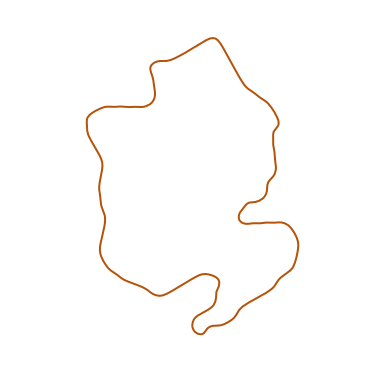 Juan de Herrera, San Juan, Dominican Republic, rotated 150°
{"feature_id": "3306468B17512962237330", "entity_name": "Juan de Herrera", "entity_type": "district", "adm_level": 2, "iso_a3": "DOM", "parent_name": "Dominican Republic", "parent_adm1": "San Juan", "projection": "natural_earth1", "projection_center": [-71.191, 18.877], "detail": "fine", "context": "isolated", "style": "outline", "palette": "amber", "viewbox_px": 384, "rotation_deg": 150, "n_neighbors": 0, "source": "geoboundaries", "source_scale": "gbopen_adm2", "svg_char_len": 2803}
<svg xmlns="http://www.w3.org/2000/svg" viewBox="0 0 384 384"><g transform="rotate(150 192 192)"><path d="M240.7,65.6L236.0,63.2L233.4,62.1L230.5,61.5L226.0,61.2L221.6,61.4L218.7,62.0L216.0,63.0L210.0,66.3L205.8,67.4L198.1,67.9L178.7,67.6L174.0,67.9L170.9,68.3L168.0,69.1L161.9,72.2L159.3,73.2L156.4,73.7L146.2,74.9L143.3,75.8L141.9,76.5L138.0,79.5L134.4,83.0L129.9,88.1L126.8,92.3L125.3,95.4L124.8,97.0L124.1,100.3L123.8,105.3L124.0,108.6L124.4,111.9L125.3,115.1L126.8,117.7L127.7,118.9L129.8,120.9L132.2,122.4L136.1,124.3L143.2,128.5L148.6,130.8L154.6,134.3L159.5,136.5L161.8,137.9L163.6,139.8L164.3,140.9L164.7,142.2L165.0,143.6L164.8,145.1L164.3,146.4L163.6,147.6L162.8,148.6L160.8,150.2L152.5,153.7L150.2,154.3L147.8,154.2L142.2,151.7L138.1,150.8L133.8,151.0L131.1,151.9L128.8,153.3L126.8,155.2L123.1,160.6L121.3,162.2L119.0,163.3L113.9,164.9L111.5,166.2L108.5,169.1L106.9,171.5L103.9,178.5L100.7,185.2L98.0,192.4L93.1,201.0L91.5,203.0L90.6,203.7L85.2,205.9L84.1,206.5L83.2,207.4L82.4,208.5L81.8,209.9L81.3,211.4L80.9,214.7L80.7,219.9L81.0,225.3L81.8,230.6L82.8,233.7L86.1,240.3L88.4,246.1L91.6,252.8L92.6,255.8L93.2,259.1L93.5,264.2L93.6,269.8L93.0,300.5L93.1,305.9L93.5,309.2L93.9,310.8L94.5,312.3L95.4,313.6L96.7,314.7L99.4,315.9L104.1,316.4L129.9,316.0L136.8,316.2L141.9,316.6L145.3,317.2L148.4,318.2L154.0,321.3L156.7,322.4L159.4,322.8L160.8,322.8L163.3,322.3L164.5,321.7L165.5,320.9L166.4,319.8L167.0,318.5L167.7,315.9L168.6,311.6L169.5,308.5L173.8,297.8L175.3,294.8L177.5,292.2L178.8,291.1L181.7,289.6L184.6,289.0L188.9,289.3L191.7,290.1L193.2,290.8L198.8,294.3L204.0,297.0L211.0,301.7L216.2,304.3L222.2,308.0L224.9,309.2L226.5,309.6L229.6,310.1L234.4,310.5L239.1,310.4L242.0,310.0L244.8,308.9L246.0,308.1L246.9,307.1L248.4,304.8L252.2,297.2L253.1,294.1L253.4,292.4L253.7,287.1L253.7,274.4L253.8,269.1L254.2,265.7L255.0,262.4L256.5,259.4L258.3,256.8L267.6,245.9L269.5,243.3L271.1,240.6L273.4,234.8L277.0,226.7L277.8,223.6L279.2,215.7L279.7,214.2L281.2,211.3L283.1,208.5L285.1,206.0L297.5,192.5L299.5,189.9L301.2,187.0L302.4,183.9L303.0,180.7L303.3,175.7L303.0,170.6L302.5,167.4L301.5,164.4L298.2,157.7L296.5,153.4L295.1,150.5L292.3,146.6L285.1,137.8L282.2,134.0L279.8,129.9L278.1,125.7L276.7,123.0L274.9,120.7L272.8,118.9L271.6,118.1L268.7,117.0L264.2,116.4L257.9,116.3L234.0,116.7L227.7,116.4L224.7,115.8L221.8,114.5L219.2,112.7L217.0,110.5L215.0,108.2L213.6,105.6L213.1,104.1L213.0,102.5L213.2,101.1L213.7,99.9L214.4,98.8L216.0,96.9L220.8,93.3L224.4,87.9L226.8,85.3L229.7,83.4L231.0,82.8L233.9,82.2L236.9,82.0L248.9,82.1L251.8,81.6L253.2,81.1L254.5,80.4L256.7,78.6L258.5,76.3L259.1,74.9L259.5,73.4L259.6,71.8L259.5,70.2L259.1,68.6L257.7,66.2L255.7,64.5L254.6,64.0L253.4,63.8L252.2,63.9L247.1,66.0L245.9,66.3L243.3,66.3L240.7,65.6Z" fill="none" stroke="#b45309" stroke-width="2"/></g></svg>